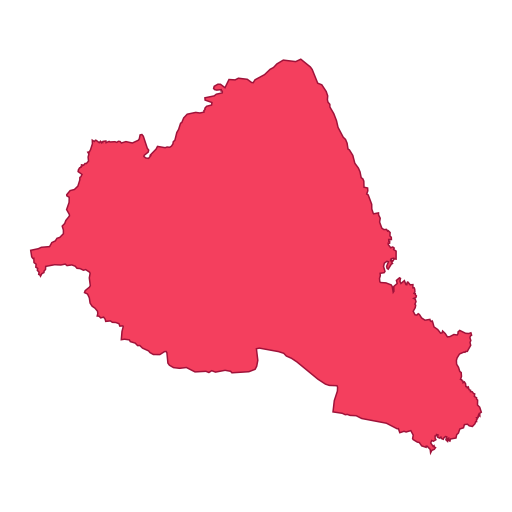 Banyumas, Jawa Tengah, Indonesia
{"feature_id": "22746128B18933963724988", "entity_name": "Banyumas", "entity_type": "district", "adm_level": 2, "iso_a3": "IDN", "parent_name": "Indonesia", "parent_adm1": "Jawa Tengah", "projection": "natural_earth1", "projection_center": [109.207, -7.455], "detail": "fine", "context": "isolated", "style": "filled", "palette": "rose", "viewbox_px": 512, "rotation_deg": 0, "n_neighbors": 0, "source": "geoboundaries", "source_scale": "gbopen_adm2", "svg_char_len": 6003}
<svg xmlns="http://www.w3.org/2000/svg" viewBox="0 0 512 512"><path d="M412.9,284.6L410.2,284.8L407.8,282.0L407.2,282.3L406.8,284.7L405.9,284.6L404.4,280.6L400.9,283.5L399.9,281.2L400.5,278.4L399.5,277.8L396.4,280.4L397.2,283.5L393.8,286.4L393.9,291.3L393.2,292.3L392.2,286.5L391.2,284.9L386.0,282.9L380.6,282.5L379.8,281.7L379.5,278.4L380.3,275.7L380.1,273.3L384.1,272.7L385.0,271.4L383.5,266.4L384.4,263.1L386.9,261.3L388.5,261.7L386.6,266.3L387.1,268.4L388.2,269.2L391.4,264.0L392.5,263.5L391.1,261.2L392.2,261.6L393.0,260.9L390.8,259.7L391.2,258.7L393.7,258.2L393.8,259.5L394.6,258.9L396.1,259.1L396.1,251.1L393.6,249.5L394.2,248.1L393.3,247.3L392.4,247.0L390.8,247.8L388.3,244.7L388.2,243.2L389.6,243.2L389.7,241.3L388.8,241.3L388.7,239.5L391.4,239.5L391.3,237.3L389.9,235.9L390.1,232.5L388.3,230.7L387.7,231.1L386.5,229.4L383.9,229.6L381.8,228.1L379.6,222.1L380.2,218.2L378.6,215.0L378.5,212.9L373.6,213.8L373.2,213.2L371.8,209.1L371.7,204.3L368.2,194.9L366.7,194.0L367.8,190.8L367.6,188.0L364.0,187.2L363.8,181.1L362.8,178.8L361.2,177.7L360.0,171.8L358.4,168.1L354.8,163.2L352.8,155.4L349.4,149.9L348.0,149.0L347.1,143.2L345.5,139.4L343.2,137.2L338.0,127.3L336.5,120.7L333.8,113.7L329.9,107.0L329.8,104.3L328.0,102.2L327.4,99.8L327.7,95.9L326.2,91.5L321.8,84.8L317.7,83.2L312.2,69.5L310.4,67.0L300.8,59.2L295.7,61.6L283.3,60.1L276.9,63.9L273.5,67.5L270.1,69.3L264.6,74.6L255.0,79.8L253.2,82.7L251.6,82.5L247.3,79.3L238.4,78.2L235.1,79.9L229.0,79.5L225.0,87.7L220.5,84.3L217.9,84.2L214.2,86.3L213.6,88.5L214.6,89.6L216.7,90.1L221.2,89.6L221.1,91.0L222.1,91.0L222.4,91.9L222.2,92.9L216.3,94.2L214.2,95.9L204.9,97.8L205.1,100.1L211.9,102.5L211.6,105.0L206.6,106.3L204.9,108.2L205.0,109.5L203.9,110.6L204.0,112.1L199.9,113.0L195.7,112.4L187.2,114.2L183.7,117.9L181.8,122.5L180.6,123.2L178.6,129.4L176.8,132.5L174.9,140.2L173.3,141.7L172.9,144.0L171.4,146.2L169.6,147.3L167.1,147.0L165.2,147.7L157.5,146.4L156.1,149.1L150.2,155.2L150.8,155.7L148.5,158.4L145.8,158.0L143.9,156.5L144.2,155.3L148.2,152.1L148.7,150.1L147.3,148.3L143.3,136.2L141.9,134.5L140.1,134.9L139.3,138.8L138.4,140.2L132.4,143.0L125.9,141.6L121.4,143.0L120.0,141.5L118.4,141.3L116.8,142.4L114.9,141.7L110.1,142.0L109.1,141.4L106.1,142.7L105.9,141.0L103.0,141.4L102.7,142.5L102.0,142.0L101.4,142.8L100.4,141.3L99.2,142.7L96.3,140.4L95.5,140.2L94.3,141.5L92.3,140.2L92.4,143.8L90.5,149.8L88.9,152.7L88.6,152.0L87.8,152.2L88.9,154.0L88.1,157.0L88.5,161.1L86.4,163.5L85.0,163.5L83.6,165.2L81.8,164.9L82.2,165.8L81.0,166.3L81.0,167.3L79.6,167.8L78.4,169.8L78.1,171.6L82.0,174.4L80.9,176.8L79.9,177.4L79.8,180.0L77.9,186.1L74.4,189.5L70.1,190.6L66.7,194.7L66.8,195.8L69.2,197.3L69.1,202.4L66.6,209.6L69.3,214.3L69.5,215.9L65.8,220.5L64.7,223.5L62.2,226.1L63.4,230.0L63.4,233.7L59.8,237.4L57.0,238.3L55.3,240.9L51.8,242.6L49.6,246.6L41.3,247.3L38.3,248.7L30.7,250.3L31.7,256.8L32.9,258.5L33.8,258.3L34.0,262.6L36.1,264.2L35.8,267.2L37.7,268.4L37.3,270.3L39.1,272.3L38.7,274.4L39.9,274.9L40.5,276.2L41.9,273.6L43.9,272.6L44.1,271.0L45.5,269.5L45.7,266.4L54.6,264.7L60.9,265.0L65.2,264.1L67.0,265.6L71.8,264.9L75.2,266.2L77.0,268.3L80.1,268.6L83.4,270.2L85.7,269.6L89.6,272.2L90.1,273.5L89.3,277.9L90.3,285.6L89.5,287.1L85.2,290.6L84.5,292.6L87.5,294.0L89.3,297.8L90.1,303.1L92.1,306.2L94.9,308.1L97.5,311.2L97.8,313.6L97.2,316.0L99.1,316.2L100.7,317.9L103.6,317.1L105.2,319.3L105.7,321.4L110.4,320.9L112.3,322.3L115.8,322.5L119.0,323.7L119.8,326.1L122.8,325.9L123.2,326.7L122.0,331.4L121.3,339.7L124.5,339.2L129.4,339.9L130.3,341.6L135.2,343.1L137.6,345.6L139.8,345.5L142.5,348.1L148.6,350.9L150.0,352.6L153.4,354.5L159.8,354.6L164.5,351.6L166.2,351.5L166.9,352.8L167.9,363.1L169.4,365.2L173.5,367.6L179.6,368.3L186.4,367.5L195.0,371.9L205.9,371.3L208.9,372.5L211.7,370.7L215.5,372.1L225.1,370.3L230.6,371.3L231.9,372.8L248.9,371.7L255.1,369.3L256.7,366.2L257.8,360.3L256.4,348.7L259.4,348.1L278.5,351.6L283.8,353.3L286.3,356.0L291.5,358.3L296.9,361.9L317.8,379.1L325.4,384.1L329.3,385.4L337.0,385.7L337.6,387.3L337.4,391.1L334.3,400.6L333.0,411.9L342.3,413.3L345.3,414.7L347.3,414.4L350.1,415.4L356.2,415.7L361.7,418.5L386.4,423.2L397.2,428.8L398.4,428.6L399.8,432.7L404.0,431.3L406.1,432.0L410.8,430.6L413.2,435.1L412.6,438.7L413.2,439.6L417.3,442.1L419.3,442.5L421.7,445.9L426.1,447.3L426.2,446.2L427.1,446.2L430.2,449.4L430.6,452.8L431.8,450.4L434.3,449.3L435.5,447.6L434.4,447.0L434.0,445.7L433.2,446.5L430.7,443.0L431.7,440.5L433.4,441.2L435.9,439.7L435.1,438.2L435.1,436.0L436.2,435.9L436.5,434.5L438.0,434.9L437.6,437.2L439.6,438.1L440.9,437.1L441.4,438.5L443.3,439.3L443.9,437.8L445.5,436.5L446.7,436.8L445.9,439.8L447.5,441.3L447.7,438.5L448.7,438.1L448.9,440.6L449.9,441.1L450.5,439.0L456.0,438.0L456.7,434.6L458.4,433.1L459.8,429.0L463.5,427.8L464.4,424.6L467.4,424.2L469.2,425.8L472.4,426.5L474.9,423.8L475.7,421.7L476.6,421.6L476.5,419.7L477.3,418.9L476.6,417.7L477.7,417.6L478.4,415.4L478.6,416.4L479.2,415.2L479.8,415.8L479.7,413.3L481.3,412.2L479.7,407.2L477.5,405.0L477.6,400.1L476.5,399.1L476.6,397.8L474.4,396.5L474.7,393.9L473.5,393.5L472.3,391.8L470.5,391.6L470.6,390.3L469.1,389.7L468.3,387.0L467.3,387.8L466.8,386.6L465.8,386.5L465.6,383.8L464.4,381.9L463.1,382.7L463.0,381.2L461.9,380.6L461.7,379.7L460.5,379.4L461.5,376.4L461.2,372.5L459.8,371.5L458.5,367.3L456.6,364.2L456.4,360.4L457.1,357.9L459.5,354.0L463.9,352.1L465.0,352.3L465.5,351.5L467.3,351.4L470.7,345.3L470.0,342.5L470.8,340.5L469.9,337.7L470.4,336.0L471.6,335.2L470.9,332.8L468.8,333.5L465.6,333.3L459.7,330.4L458.0,332.0L458.1,333.5L457.1,335.0L453.9,334.5L449.9,336.6L447.4,336.9L445.3,333.6L442.6,331.0L442.1,332.8L440.6,333.2L437.7,329.5L434.0,326.9L432.6,321.8L432.1,320.9L431.3,321.5L430.3,320.8L429.9,319.4L425.0,320.2L421.6,317.9L419.4,314.5L418.2,313.7L416.8,315.1L415.0,314.8L413.2,311.3L415.2,307.7L415.7,305.2L414.9,304.2L416.0,301.7L415.3,299.3L413.7,298.4L415.9,297.5L416.4,295.9L415.2,294.5L415.3,293.6L414.0,293.4L414.9,291.7L414.7,289.1L414.1,287.7L412.9,287.8L412.9,284.6Z" fill="#f43f5e" stroke="#9f1239" stroke-width="1.5"/></svg>